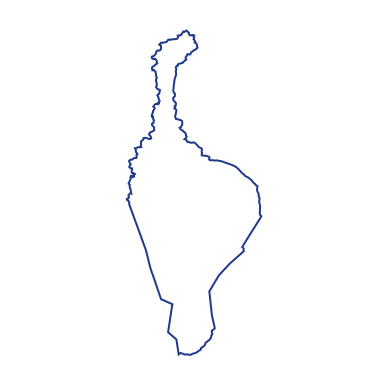 Ruy Barbosa, Bahia, Brazil (Mercator projection), rotated 260°
{"feature_id": "56859067B94227809575863", "entity_name": "Ruy Barbosa", "entity_type": "district", "adm_level": 2, "iso_a3": "BRA", "parent_name": "Brazil", "parent_adm1": "Bahia", "projection": "mercator", "projection_center": [-40.44, -12.266], "detail": "fine", "context": "isolated", "style": "outline", "palette": "blue", "viewbox_px": 384, "rotation_deg": 260, "n_neighbors": 0, "source": "geoboundaries", "source_scale": "gbopen_adm2", "svg_char_len": 5582}
<svg xmlns="http://www.w3.org/2000/svg" viewBox="0 0 384 384"><g transform="rotate(260 192 192)"><path d="M193.7,252.4L194.4,251.7L195.4,250.9L196.5,249.9L197.4,248.5L198.3,247.6L199.1,246.7L200.2,246.2L201.1,245.4L201.9,244.6L203.0,243.9L204.1,243.2L205.2,242.5L206.4,241.8L207.4,241.0L208.6,240.0L209.7,238.9L210.7,237.6L211.7,235.9L212.7,234.3L213.3,233.4L213.7,232.4L214.5,231.2L215.1,229.9L215.9,228.5L216.8,227.1L217.3,226.1L217.7,224.6L218.2,223.7L218.7,222.4L218.9,220.7L219.3,219.1L219.8,217.8L219.8,216.6L220.2,215.4L221.1,214.4L222.4,215.2L223.5,215.0L224.3,213.9L225.1,212.5L225.5,211.1L225.7,209.7L226.4,208.0L227.6,208.1L228.7,208.7L230.1,208.5L231.5,209.0L232.7,209.2L233.6,208.6L234.2,207.7L234.8,206.7L236.0,206.0L237.1,205.4L237.9,204.7L239.4,203.9L240.3,202.7L240.6,201.6L240.5,200.4L241.0,198.8L241.8,197.4L242.4,196.0L244.0,195.7L244.8,194.9L245.3,193.9L246.4,195.4L247.4,196.4L248.6,195.8L249.8,196.0L251.8,195.5L252.6,194.4L253.7,193.9L254.4,193.0L255.1,192.3L256.2,191.4L257.4,191.0L257.7,192.2L258.8,192.9L259.9,194.0L262.0,194.5L263.7,194.5L264.5,193.7L265.1,192.4L265.9,191.3L266.3,189.8L266.7,188.9L267.9,188.8L269.1,188.4L270.4,188.9L271.3,189.4L272.3,189.8L273.3,190.0L274.3,190.6L275.5,190.8L276.4,190.4L277.2,189.2L278.3,189.9L279.6,189.8L279.7,190.9L280.8,191.2L282.2,191.6L283.8,190.8L284.6,190.1L285.9,189.7L287.3,189.6L288.5,190.3L289.1,191.6L290.3,192.0L291.6,192.3L293.0,191.4L294.6,191.2L296.3,191.4L297.3,191.9L298.5,192.1L299.9,192.5L301.4,192.8L303.3,193.8L304.7,193.8L306.6,194.8L307.7,195.3L308.6,195.9L309.6,196.3L311.0,196.9L312.3,196.9L313.7,197.0L314.9,197.6L316.0,197.9L317.7,197.7L318.7,198.7L318.9,200.0L320.0,200.1L320.5,201.3L320.5,202.8L320.7,203.9L320.7,205.1L321.6,206.0L322.0,207.0L322.8,207.8L323.3,209.3L324.3,209.3L325.6,209.0L326.6,210.0L327.5,210.9L328.4,211.3L328.3,212.6L327.7,213.5L328.1,214.5L329.1,214.9L329.8,215.6L330.3,216.9L330.9,217.8L331.6,219.1L331.6,220.4L332.5,221.2L333.1,222.5L334.2,222.4L335.3,222.2L336.6,222.3L338.1,221.8L338.9,220.5L339.9,221.1L340.9,220.9L342.4,220.1L343.6,220.9L344.7,220.5L345.5,221.4L346.4,220.5L346.5,219.2L346.4,218.0L346.9,216.9L348.0,216.5L349.1,216.7L350.2,215.8L351.1,215.3L352.0,214.4L351.0,212.4L351.6,211.3L350.5,210.5L349.6,209.3L348.7,208.9L348.3,207.3L348.7,206.0L348.2,205.0L347.2,205.3L346.1,204.6L345.4,203.7L345.5,202.6L345.5,201.1L345.8,199.4L345.8,198.1L345.5,196.9L346.2,196.0L345.9,194.7L344.7,193.8L344.2,192.5L344.1,191.1L344.1,189.9L344.1,188.8L344.4,187.4L343.4,185.9L342.7,185.3L341.9,186.7L340.7,186.8L339.6,186.6L338.0,186.2L337.2,185.3L336.9,184.1L337.3,182.8L336.9,181.6L335.5,180.8L334.1,180.1L333.3,179.0L332.5,177.9L332.3,176.1L331.1,175.6L330.1,176.4L329.4,177.3L329.6,178.8L328.3,179.6L327.1,180.1L325.8,179.8L324.8,180.2L324.1,179.3L324.0,178.2L322.9,177.1L322.3,175.1L321.2,174.0L319.7,174.1L318.7,174.2L319.0,175.5L317.7,176.3L316.7,177.0L315.8,176.8L314.7,177.0L313.5,176.9L311.9,176.8L310.5,177.2L309.4,176.3L307.8,175.9L306.4,175.9L305.1,176.2L303.3,175.9L301.9,174.9L300.3,175.3L298.8,176.7L298.1,178.1L297.0,177.8L296.0,177.3L294.6,176.8L294.0,175.6L293.3,174.7L291.8,175.2L290.5,175.4L289.4,175.4L288.4,175.6L287.3,176.0L286.3,175.2L284.9,174.8L284.4,173.9L285.5,173.5L284.8,172.5L284.9,171.4L284.6,170.4L283.4,169.7L282.8,168.7L282.0,169.3L280.9,169.8L279.7,168.9L278.6,167.8L277.1,167.3L275.6,166.3L274.2,165.6L273.1,165.6L273.0,166.7L271.3,166.4L270.2,166.6L269.4,167.1L268.1,166.4L266.8,166.1L266.2,164.5L264.8,164.2L263.5,165.1L262.2,165.9L260.8,165.6L259.5,165.6L258.9,164.6L258.2,162.5L257.7,160.6L256.0,159.7L254.8,160.6L253.1,161.1L251.9,161.1L251.4,159.6L252.1,158.2L253.1,156.6L253.5,155.2L253.5,153.5L252.2,153.2L251.4,152.0L250.7,150.6L249.3,150.2L247.6,150.2L246.2,149.3L245.1,149.8L245.1,148.4L245.4,146.6L245.2,145.4L244.9,143.4L243.3,144.0L241.4,143.7L239.9,144.4L238.9,144.9L238.4,143.9L236.7,143.7L235.2,143.1L235.5,141.1L234.9,139.7L234.2,138.7L234.5,137.6L234.3,136.5L233.4,135.3L232.0,135.7L230.8,135.9L229.9,136.5L229.2,135.8L228.5,135.0L227.2,134.6L226.2,135.6L225.6,137.1L224.6,137.0L223.4,136.2L221.7,136.1L220.5,136.7L220.7,137.7L219.6,138.9L218.6,137.7L217.2,137.6L217.0,136.1L218.1,135.9L218.5,134.8L217.3,133.9L216.0,134.0L214.7,133.3L213.7,132.6L212.5,131.7L211.2,131.0L210.0,132.0L208.1,131.5L206.3,131.6L205.1,132.0L203.9,132.0L202.5,131.8L201.0,131.9L201.5,131.0L200.9,130.2L200.0,128.9L198.8,128.8L197.8,129.1L196.7,128.1L196.7,127.1L195.9,126.5L195.0,127.1L194.0,128.1L192.2,128.4L191.0,128.0L155.3,134.3L143.0,136.5L124.3,137.8L122.0,138.2L119.2,138.6L116.5,139.1L91.8,142.9L84.9,153.2L77.4,150.6L69.6,148.0L58.1,144.1L49.5,151.0L34.4,150.7L35.2,151.9L35.4,153.0L34.8,154.0L34.0,155.3L33.3,156.4L33.0,157.6L33.0,158.9L32.5,160.2L32.0,161.6L32.0,163.1L32.6,164.3L32.7,165.7L32.9,167.6L33.4,169.0L33.9,170.2L34.7,171.4L35.0,173.0L36.6,173.7L37.5,175.6L38.0,176.7L38.6,177.6L39.9,178.6L41.4,179.3L41.7,180.7L42.6,181.8L43.2,183.4L44.3,184.5L45.6,185.6L47.2,186.1L48.4,187.2L49.5,187.4L50.7,187.0L52.2,187.6L52.9,189.6L53.9,190.8L67.3,190.2L91.1,191.8L105.0,203.8L107.5,206.9L114.5,216.2L115.8,218.2L124.8,232.8L125.8,232.7L127.2,233.0L128.3,232.5L129.1,231.9L137.0,238.9L148.7,249.5L154.4,254.7L156.1,256.0L157.4,255.3L158.4,255.0L159.4,255.1L160.4,255.3L161.8,255.6L164.0,256.1L166.4,256.7L168.0,256.6L169.9,256.4L171.1,256.6L172.2,256.8L173.3,257.3L174.4,257.5L176.2,256.9L177.6,257.3L178.8,257.2L180.2,256.7L181.5,256.5L183.1,256.4L184.3,256.8L185.3,257.2L186.4,257.5L187.3,256.6L188.2,255.7L189.4,255.2L190.6,254.0L192.4,253.2L193.7,252.4Z" fill="none" stroke="#1e3a8a" stroke-width="2"/></g></svg>